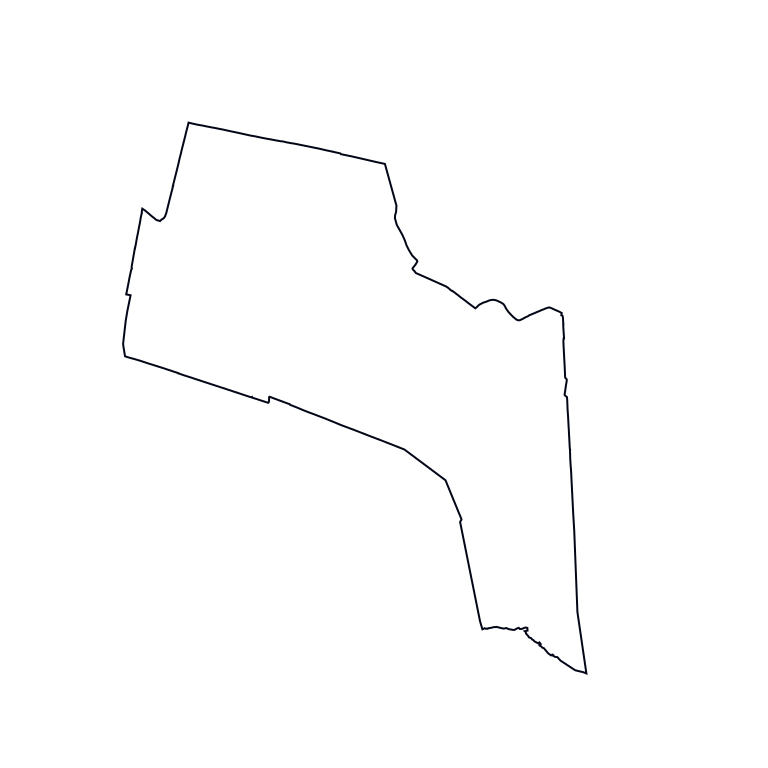 General Escobedo, Nuevo León, Mexico (Mercator projection), rotated 199°
{"feature_id": "50627088B66612290562177", "entity_name": "General Escobedo", "entity_type": "district", "adm_level": 2, "iso_a3": "MEX", "parent_name": "Mexico", "parent_adm1": "Nuevo León", "projection": "mercator", "projection_center": [-100.353, 25.83], "detail": "fine", "context": "isolated", "style": "outline", "palette": "ink", "viewbox_px": 768, "rotation_deg": 199, "n_neighbors": 0, "source": "geoboundaries", "source_scale": "gbopen_adm2", "svg_char_len": 6044}
<svg xmlns="http://www.w3.org/2000/svg" viewBox="0 0 768 768"><g transform="rotate(199 384 384)"><path d="M98.4,176.2L126.9,231.4L156.2,306.8L162.8,322.8L177.3,358.9L177.5,359.5L179.4,364.1L181.3,368.4L183.4,373.5L186.6,382.0L186.6,382.5L186.8,382.8L187.0,382.9L187.5,383.9L195.1,402.7L195.5,403.6L199.5,413.5L202.1,419.6L205.6,428.6L206.7,431.1L206.9,431.2L207.1,431.3L209.1,432.1L209.4,432.2L209.6,432.5L209.8,432.8L210.9,438.8L211.4,441.1L212.2,446.2L212.5,447.3L212.7,447.7L213.2,448.2L214.6,448.9L214.8,449.1L215.0,449.5L217.3,455.4L219.9,461.9L226.1,477.2L228.5,483.3L228.5,483.7L229.0,485.5L228.6,485.7L229.0,486.7L229.8,488.6L231.5,492.6L233.1,496.5L234.3,499.7L234.2,499.7L234.7,500.8L236.5,505.2L236.8,505.7L237.5,506.7L238.7,506.7L239.0,508.9L240.5,509.2L241.2,509.4L241.5,509.4L242.3,509.5L242.8,509.5L244.7,509.7L246.5,509.8L249.3,510.1L249.7,510.2L251.0,510.2L251.4,510.3L252.2,510.2L253.0,510.1L253.4,509.9L254.0,509.3L254.3,509.1L254.7,508.9L255.0,508.6L255.3,508.4L256.0,507.9L256.3,507.6L256.6,507.3L256.9,507.0L257.2,506.7L257.5,506.5L258.1,506.0L258.4,505.7L258.8,505.5L259.1,505.2L259.4,504.9L260.3,504.0L260.8,503.5L262.4,502.2L263.2,501.5L263.4,501.2L263.7,501.0L264.0,500.8L264.2,500.5L264.5,500.1L264.8,499.9L265.5,499.4L265.8,499.2L266.1,498.9L266.4,498.6L266.7,498.3L267.6,497.5L268.2,496.9L268.6,496.7L268.9,496.4L269.2,496.1L269.6,495.4L270.1,494.8L270.4,494.5L271.4,493.7L272.5,492.5L273.1,491.9L273.6,491.2L274.2,490.6L274.4,490.3L275.1,489.8L275.4,489.5L275.6,489.2L275.9,488.9L276.3,488.6L276.6,488.4L277.4,488.1L277.7,488.0L278.6,487.9L279.7,488.0L280.0,488.1L280.4,488.3L280.7,488.4L281.4,488.6L282.2,489.0L283.0,489.2L283.4,489.3L283.7,489.5L284.1,489.7L284.8,490.1L285.6,490.3L286.6,491.0L287.0,491.1L287.7,491.5L288.1,491.7L290.2,492.9L290.6,493.2L291.2,493.7L291.9,494.1L292.3,494.4L292.9,494.9L293.2,495.1L293.5,495.4L293.8,495.7L294.1,496.0L294.4,496.3L295.6,497.4L296.3,497.9L296.6,498.1L297.0,498.4L298.1,498.7L299.0,498.9L299.3,499.0L299.7,499.1L300.2,499.2L300.6,499.2L301.8,499.3L303.0,499.5L304.3,499.6L304.7,499.6L305.5,499.6L305.9,499.6L306.7,499.4L307.5,499.3L307.9,499.2L308.3,499.1L309.5,498.6L309.8,498.4L310.5,498.0L311.2,497.6L311.6,497.3L312.0,497.0L312.8,496.3L313.4,495.7L313.7,495.4L314.0,495.2L315.7,493.9L316.0,493.7L317.0,492.9L317.8,491.9L318.1,491.7L318.7,491.1L319.5,490.2L319.8,489.9L320.6,488.4L320.9,487.6L321.4,486.6L321.8,486.1L322.3,485.3L330.7,488.0L333.5,489.0L335.2,489.5L339.9,491.0L343.5,492.3L345.2,492.8L345.8,493.1L347.4,493.6L349.7,494.3L349.8,494.1L351.7,494.5L352.6,495.0L353.7,495.4L353.9,495.5L355.5,496.1L355.8,496.1L356.7,496.3L357.0,496.4L357.8,496.5L360.2,496.7L382.8,498.7L390.0,499.3L392.2,500.8L393.5,501.4L394.2,501.9L394.7,502.6L393.1,507.1L392.6,509.5L392.4,510.8L393.2,511.8L394.4,512.3L399.2,514.7L403.8,518.5L407.9,522.5L411.0,526.5L415.4,531.2L423.7,538.6L427.7,544.4L428.5,547.5L428.6,550.6L430.3,556.7L454.8,592.4L461.4,591.6L468.8,590.8L488.8,588.7L489.0,588.7L490.2,588.5L494.8,587.9L499.6,587.3L499.9,587.6L500.1,587.7L500.5,587.8L508.3,586.9L508.3,587.0L509.1,586.9L510.2,586.7L515.1,586.1L520.1,585.6L520.3,585.6L545.4,582.3L548.1,581.9L551.0,581.3L553.0,581.1L554.5,580.8L557.0,580.6L558.0,580.5L559.1,580.3L560.7,579.9L562.8,579.6L564.5,579.3L567.2,578.9L571.5,578.3L573.1,578.0L577.2,577.4L579.2,577.1L585.0,576.4L587.9,576.0L590.6,575.5L604.6,573.9L610.0,573.2L615.8,572.5L618.7,572.2L621.4,571.8L624.5,571.4L627.5,571.0L630.5,570.5L637.0,569.6L638.3,569.5L644.5,568.5L649.5,567.9L653.9,567.5L653.9,567.1L653.8,566.4L653.7,566.2L653.1,557.9L652.6,553.1L652.6,552.8L652.3,549.5L652.3,549.2L651.9,544.8L651.9,544.5L651.5,539.7L651.3,537.6L651.2,537.3L650.7,530.6L650.1,525.6L649.2,515.4L648.1,502.5L647.9,502.6L647.2,494.1L646.8,489.1L645.5,474.5L645.5,474.2L645.5,473.8L645.6,473.5L645.6,471.1L646.0,469.8L646.3,469.0L647.2,467.7L647.7,467.3L647.9,467.0L648.8,465.1L650.2,465.1L650.5,465.1L650.9,465.1L651.4,465.0L651.8,465.1L652.2,465.0L652.6,465.0L653.2,465.2L654.0,465.5L654.3,465.6L654.8,465.8L655.8,466.2L656.6,466.5L657.1,466.6L660.2,467.8L662.3,468.7L663.5,469.1L664.6,469.5L666.0,470.1L669.6,471.1L669.5,469.9L669.2,468.8L669.0,467.6L669.0,467.4L668.8,467.1L668.7,467.0L668.5,466.7L668.6,465.9L668.4,464.0L668.1,461.7L667.5,458.3L667.3,457.1L667.0,454.8L666.7,452.5L666.5,451.3L665.6,445.0L665.5,444.0L665.0,440.5L664.1,435.0L664.0,433.8L663.8,432.7L663.6,431.5L663.8,431.5L660.8,412.8L660.4,411.7L660.0,411.3L660.0,410.5L660.2,410.0L659.7,405.2L659.0,399.8L658.6,397.3L658.2,394.4L656.9,384.8L652.5,385.4L650.5,369.9L648.8,359.7L643.8,337.2L642.9,335.2L637.9,325.9L635.1,325.9L631.6,326.1L628.7,326.3L622.6,326.6L622.0,326.6L613.5,326.7L599.3,327.1L581.9,327.3L581.9,327.1L581.6,327.1L576.0,327.1L567.9,327.3L563.9,327.3L560.0,327.4L558.0,327.4L545.5,327.6L517.9,328.0L507.6,328.1L505.4,328.2L504.7,328.7L504.5,328.2L487.4,328.5L487.2,328.8L487.1,329.3L487.0,329.9L487.1,330.3L488.3,334.0L488.3,334.5L488.1,334.7L487.7,334.7L481.6,334.5L467.8,334.2L467.3,334.3L466.8,334.2L466.4,334.1L466.3,333.9L466.2,333.9L465.3,333.7L457.9,333.4L452.6,333.0L445.6,332.7L440.2,332.6L437.9,332.5L428.5,332.2L411.5,331.2L396.5,330.8L381.8,330.2L378.5,330.1L369.3,329.8L343.4,328.7L294.5,313.0L270.1,285.2L269.7,284.8L266.7,281.3L266.6,281.0L266.7,280.9L267.1,278.3L216.0,191.0L211.1,184.1L209.2,185.9L208.2,185.7L207.1,186.2L206.3,186.3L206.0,186.9L203.3,188.4L200.6,190.1L199.5,190.4L198.5,191.0L196.8,191.1L195.8,191.2L192.3,191.5L191.0,191.8L188.8,193.1L186.1,192.8L185.0,193.1L183.8,193.2L182.2,193.5L180.8,193.8L179.9,194.7L178.8,196.1L177.2,197.3L175.8,196.6L173.8,197.4L171.2,199.7L169.1,200.1L168.0,197.6L170.4,196.1L169.2,195.6L168.5,194.3L165.4,192.5L164.5,191.7L162.0,191.5L160.6,190.6L159.1,190.4L158.2,189.7L154.1,189.0L152.9,190.3L151.2,189.1L152.2,187.8L151.9,187.4L150.1,187.1L148.2,186.2L146.9,186.3L141.1,182.8L137.7,181.8L136.6,183.0L135.9,182.8L136.1,182.2L133.4,181.7L132.3,181.9L131.2,182.2L127.0,179.9L111.3,175.9L110.0,175.6L106.4,175.9L101.9,176.4L98.4,176.2Z" fill="none" stroke="#020617" stroke-width="2"/></g></svg>